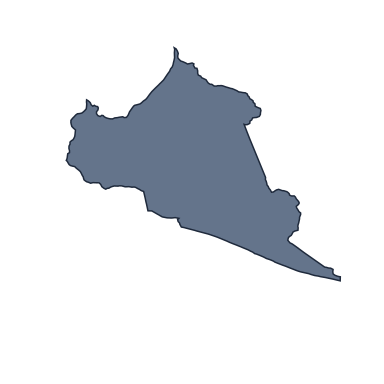 Jangada, Mato Grosso, Brazil (Mercator projection), rotated 247°
{"feature_id": "56859067B34050431146152", "entity_name": "Jangada", "entity_type": "district", "adm_level": 2, "iso_a3": "BRA", "parent_name": "Brazil", "parent_adm1": "Mato Grosso", "projection": "mercator", "projection_center": [-56.584, -15.33], "detail": "fine", "context": "isolated", "style": "filled", "palette": "slate", "viewbox_px": 384, "rotation_deg": 247, "n_neighbors": 0, "source": "geoboundaries", "source_scale": "gbopen_adm2", "svg_char_len": 4249}
<svg xmlns="http://www.w3.org/2000/svg" viewBox="0 0 384 384"><g transform="rotate(247 192 192)"><path d="M285.6,99.2L283.7,98.4L282.3,96.7L280.1,95.7L277.9,95.4L276.1,94.6L275.8,92.6L274.2,91.6L272.6,90.7L271.2,89.7L270.2,88.6L268.8,89.2L267.4,89.3L265.3,89.6L263.9,90.4L262.6,92.0L261.2,94.0L259.8,94.5L258.2,95.3L256.4,96.3L254.4,97.2L252.2,97.4L249.9,97.5L248.6,97.8L246.9,97.5L245.3,97.4L244.0,98.1L242.6,99.0L241.3,100.6L239.7,102.1L239.3,104.6L238.4,106.4L236.8,110.0L234.8,110.9L232.1,111.1L229.8,112.4L228.3,113.7L228.5,115.3L228.0,117.0L228.3,119.0L228.2,120.8L227.9,122.9L227.1,124.5L226.3,126.3L226.0,127.8L225.1,129.7L222.9,132.5L222.1,134.6L221.6,136.0L219.9,138.6L219.2,140.7L218.3,141.9L216.3,143.4L215.1,144.5L213.0,145.9L211.4,147.7L204.5,146.5L202.6,146.1L200.5,145.7L199.1,145.5L197.5,145.2L191.9,144.1L190.3,147.6L180.7,154.9L178.0,158.9L176.0,163.1L175.0,166.5L172.9,169.6L172.3,168.0L170.2,167.7L168.5,168.4L166.8,168.2L163.9,168.5L162.3,170.9L161.1,172.4L155.4,179.8L154.5,180.8L146.9,190.6L145.4,192.3L141.7,196.4L140.3,197.9L133.0,205.1L131.2,206.7L128.1,209.8L125.5,212.5L118.2,219.7L116.9,221.0L114.3,223.1L113.1,224.3L110.7,225.7L109.8,227.0L108.7,228.1L107.0,229.8L104.3,232.4L103.1,233.4L101.7,234.5L100.1,236.4L98.7,237.9L96.4,240.1L95.2,240.8L92.6,243.4L89.4,246.7L87.2,249.1L83.3,253.0L80.1,256.3L79.1,257.3L77.9,258.6L76.2,260.6L73.9,263.8L71.2,267.6L69.6,269.3L67.1,272.4L65.2,275.5L64.0,277.0L61.1,281.5L59.4,283.9L56.6,287.9L52.3,293.7L56.0,295.4L56.8,294.1L57.9,292.7L59.7,290.9L61.4,289.9L63.5,290.4L65.6,291.6L67.7,289.9L68.6,288.1L70.1,286.3L71.0,284.8L92.7,271.3L101.4,266.2L105.1,263.9L106.9,262.3L110.2,261.3L112.2,262.8L112.9,264.1L113.3,266.4L114.4,267.9L115.6,269.2L115.9,271.1L115.4,274.6L117.5,275.7L119.1,276.0L120.5,276.9L121.7,278.0L123.0,278.9L125.1,280.4L126.8,281.2L128.8,283.2L130.3,283.8L132.0,282.8L134.6,282.5L136.3,282.1L138.1,282.4L138.9,285.1L140.0,286.4L141.6,286.4L143.5,285.8L145.0,285.3L147.0,285.2L148.5,284.5L149.4,282.1L151.0,280.6L152.5,280.8L153.8,280.3L155.2,279.5L157.3,277.0L158.0,275.6L160.6,272.8L160.9,270.5L160.6,268.7L160.2,267.0L160.7,265.1L163.4,264.9L165.2,264.3L167.3,264.3L169.3,263.8L170.7,264.2L172.9,264.5L174.7,264.4L176.7,265.4L218.8,265.9L226.2,266.1L233.9,266.4L233.0,267.5L232.4,269.3L232.6,272.0L234.6,273.1L235.0,275.1L236.5,276.7L236.1,278.5L235.4,280.5L235.3,283.5L236.6,285.2L238.2,286.0L240.1,287.3L242.2,287.5L243.9,285.7L246.2,283.7L248.8,284.4L250.5,283.4L252.1,283.8L253.9,282.8L255.2,281.7L257.4,281.7L258.9,281.0L260.6,281.2L262.4,279.9L263.7,277.6L265.1,275.5L265.9,274.1L267.6,273.0L270.1,270.7L271.4,269.4L272.3,268.0L273.7,266.4L275.4,264.3L277.7,261.8L278.6,260.4L279.1,258.8L279.8,257.3L280.0,255.7L280.9,253.8L283.4,252.3L284.1,250.8L285.8,249.6L287.7,249.1L289.8,248.8L291.6,247.2L293.5,245.5L295.2,245.3L297.1,243.5L299.0,243.6L301.4,244.6L303.9,244.9L305.0,243.1L306.5,243.0L307.9,242.8L309.2,243.8L310.7,242.5L311.1,240.3L311.6,237.8L312.9,236.9L314.1,235.8L315.5,234.5L317.0,232.8L319.2,231.9L320.6,231.4L322.6,231.9L325.0,233.5L327.3,233.6L329.9,233.3L331.7,232.0L330.1,231.8L327.1,230.2L322.4,228.4L319.9,226.7L318.5,225.6L316.6,224.3L314.9,222.7L313.7,220.4L311.9,218.6L310.6,216.4L309.6,214.8L307.7,211.9L306.2,209.6L305.4,207.6L304.7,205.9L304.2,204.5L303.6,203.2L303.0,201.6L302.4,200.0L301.9,198.7L301.0,196.5L300.1,194.3L299.2,192.6L298.4,191.1L297.4,189.5L296.2,187.5L295.3,185.6L294.7,182.7L293.8,180.3L293.4,178.5L293.7,176.3L293.9,174.8L294.2,173.3L293.9,171.9L292.9,170.1L291.5,167.9L290.2,165.8L288.7,164.3L287.5,163.0L286.3,160.8L287.0,158.6L288.3,157.7L288.8,155.9L289.3,154.0L289.6,152.4L290.4,149.8L290.3,147.5L291.3,145.3L292.4,143.7L293.7,142.1L295.5,140.6L297.0,140.1L297.8,138.9L297.4,136.9L299.1,135.2L301.3,134.7L303.1,135.4L304.3,137.5L306.0,138.6L307.5,138.5L308.5,136.9L310.0,135.9L309.7,134.2L311.8,133.2L313.7,133.3L315.1,132.8L316.7,132.0L318.0,131.0L316.0,130.0L314.2,129.5L311.8,128.3L309.9,127.2L308.8,125.0L308.1,123.0L307.7,121.3L308.2,118.9L308.8,117.1L308.3,115.0L307.4,113.1L306.5,110.8L305.3,108.6L303.1,107.6L301.6,107.3L299.3,107.0L297.1,107.8L294.7,109.0L291.0,107.0L289.0,105.8L287.6,104.3L286.6,102.9L286.3,101.0L285.6,99.2Z" fill="#64748b" stroke="#1e293b" stroke-width="1.5"/></g></svg>